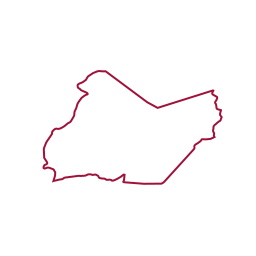 an SVG outline of Ogooué-Lolo, rotated 63°
{"feature_id": "GAB-2628", "entity_name": "Ogooué-Lolo", "entity_type": "Province", "adm_level": 1, "iso_a3": "GAB", "parent_name": "Gabon", "parent_adm1": "", "projection": "equal_earth", "projection_center": [12.559, -0.822], "detail": "fine", "context": "isolated", "style": "outline", "palette": "rose", "viewbox_px": 256, "rotation_deg": 63, "n_neighbors": 0, "source": "natural_earth", "source_scale": "10m", "svg_char_len": 2679}
<svg xmlns="http://www.w3.org/2000/svg" viewBox="0 0 256 256"><g transform="rotate(63 128 128)"><path d="M141.4,218.5L137.2,214.5L134.5,213.0L131.4,213.1L130.8,213.4L127.7,216.2L127.3,216.7L127.0,217.2L126.6,218.3L126.5,219.0L126.5,220.0L126.2,220.8L125.4,221.4L124.3,220.9L123.1,219.2L123.3,217.4L123.0,216.2L122.6,215.9L122.0,215.7L121.3,215.7L116.9,216.2L116.3,216.1L108.6,212.6L107.9,212.1L104.0,207.7L103.2,206.5L99.0,198.8L98.5,198.3L97.9,197.9L97.2,197.4L96.6,196.7L96.0,194.8L95.8,193.8L95.8,193.0L95.9,192.6L96.0,192.2L96.2,191.9L96.7,191.3L97.1,190.7L97.4,189.9L97.4,189.7L97.6,189.0L97.7,187.0L97.5,183.9L96.6,179.9L96.5,178.9L96.5,177.3L96.4,176.8L96.1,175.9L93.8,172.2L92.5,170.4L92.0,170.0L89.6,168.5L89.1,168.1L86.8,165.1L83.7,162.2L82.7,160.8L80.5,156.6L80.1,155.7L79.6,153.1L79.4,151.3L79.4,149.9L79.6,149.2L79.5,148.8L79.4,148.5L78.7,148.4L78.1,148.6L77.5,149.0L73.1,152.6L71.3,153.2L70.0,154.0L69.4,154.2L68.8,154.2L67.5,153.7L66.9,153.4L66.5,152.7L66.3,151.2L66.5,149.6L66.6,148.2L66.5,146.5L66.3,145.4L66.0,143.7L65.8,143.2L65.6,143.0L64.4,141.2L64.0,140.4L63.8,139.6L63.7,138.7L63.5,136.6L63.3,135.2L63.2,134.3L63.6,129.5L63.9,128.5L64.4,127.4L66.1,124.7L67.3,122.2L113.7,99.2L123.5,92.5L133.1,35.3L133.4,35.0L133.8,35.4L134.3,36.2L134.8,36.8L135.4,37.3L136.0,37.4L136.6,37.3L140.7,34.6L141.6,34.8L142.2,35.2L142.7,36.0L143.3,36.5L143.7,37.3L144.1,38.1L144.6,38.7L145.4,39.0L146.5,38.8L148.1,39.2L150.0,39.9L150.7,40.1L151.6,39.9L152.3,39.3L154.2,37.1L154.7,37.3L155.7,38.4L156.9,39.3L157.4,39.7L157.8,39.8L158.3,40.0L158.8,40.0L160.7,39.6L161.2,39.9L162.1,41.1L163.1,42.0L163.4,42.7L163.5,44.4L164.7,49.5L165.0,50.3L165.4,51.0L167.8,52.5L168.4,53.1L169.2,53.5L169.9,53.7L171.6,53.6L172.3,53.9L172.9,54.4L173.5,54.8L174.1,55.0L175.3,55.0L175.2,59.3L173.6,63.5L172.0,66.4L171.6,67.4L171.9,68.0L172.3,68.6L172.6,69.3L173.2,72.7L173.3,74.5L173.4,75.5L173.8,76.6L174.3,77.1L174.9,77.4L175.5,77.6L176.1,78.0L176.7,78.7L192.4,120.2L192.8,122.2L192.7,123.6L184.9,139.2L174.7,155.9L174.3,156.4L173.8,156.6L172.7,155.3L168.1,152.3L167.6,152.9L167.6,153.5L168.2,156.7L168.4,159.9L168.4,163.4L168.1,165.1L167.7,166.1L167.0,166.4L166.4,166.9L165.7,167.7L164.7,170.2L164.3,170.8L163.2,171.3L162.6,171.8L162.1,172.5L161.2,174.1L160.6,174.9L160.0,175.6L159.4,176.2L158.8,176.4L158.3,176.4L157.8,176.3L157.5,176.3L157.0,176.4L155.1,177.7L154.5,178.5L154.1,179.9L153.7,180.9L153.1,181.5L152.5,182.1L152.0,183.0L151.4,184.1L151.2,184.9L151.1,187.4L150.8,188.3L150.4,189.3L149.9,190.2L149.7,191.0L149.3,191.8L148.2,193.7L143.6,206.6L143.4,207.4L143.7,209.1L143.7,209.9L142.8,212.5L142.3,214.8L141.5,217.9L141.4,218.5Z" fill="none" stroke="#9f1239" stroke-width="2"/></g></svg>